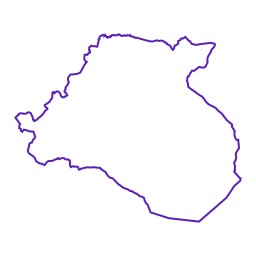 the district of Alkaleri, Bauchi, Nigeria
{"feature_id": "59680162B61092998371306", "entity_name": "Alkaleri", "entity_type": "district", "adm_level": 2, "iso_a3": "NGA", "parent_name": "Nigeria", "parent_adm1": "Bauchi", "projection": "natural_earth1", "projection_center": [10.354, 9.865], "detail": "fine", "context": "isolated", "style": "outline", "palette": "violet", "viewbox_px": 256, "rotation_deg": 0, "n_neighbors": 0, "source": "geoboundaries", "source_scale": "gbopen_adm2", "svg_char_len": 5516}
<svg xmlns="http://www.w3.org/2000/svg" viewBox="0 0 256 256"><path d="M234.2,186.1L240.3,180.6L240.6,178.3L239.7,178.0L235.7,173.4L234.3,172.0L234.2,171.3L235.0,170.5L234.9,169.6L235.0,165.9L234.4,164.2L234.2,162.4L235.2,161.2L235.7,159.6L236.1,158.0L236.1,156.4L235.8,154.8L235.9,153.2L237.1,151.3L237.7,150.0L238.4,149.3L238.5,148.8L239.0,148.2L238.2,139.7L236.8,139.9L236.0,139.4L235.1,137.3L234.7,136.3L234.4,134.8L234.6,133.0L234.4,132.4L234.7,130.9L234.5,130.4L233.9,130.0L233.4,128.9L231.9,126.8L232.1,126.3L232.0,125.0L232.0,124.5L231.8,124.2L226.8,120.2L221.5,113.2L218.5,111.1L216.7,109.0L215.1,107.6L208.8,104.4L206.4,102.3L204.6,99.7L203.0,97.6L201.8,96.3L199.2,94.9L194.6,91.5L190.1,88.4L188.1,86.5L188.0,83.5L187.7,83.2L187.0,80.6L187.2,80.1L187.3,77.8L187.8,76.5L188.8,76.4L189.8,74.1L192.1,70.6L194.2,70.8L199.1,66.9L201.4,67.5L204.1,67.5L205.4,66.8L207.6,62.4L207.3,59.7L207.8,57.1L208.6,55.5L210.9,51.9L211.6,49.5L213.8,47.4L215.0,44.9L214.6,43.7L210.6,42.9L199.4,44.2L199.3,44.4L195.8,44.9L191.6,43.8L190.0,41.2L188.7,40.7L185.3,36.9L182.9,38.6L181.5,38.4L180.9,38.8L180.2,40.2L178.3,40.9L178.1,41.3L178.2,43.7L175.9,45.4L175.5,45.3L174.9,45.4L173.5,49.4L172.7,49.8L171.2,47.7L170.7,46.5L169.5,45.2L167.2,44.2L167.2,43.9L167.0,43.6L166.6,43.3L166.2,42.7L165.8,42.7L165.3,42.4L164.7,42.4L164.4,42.0L163.5,41.3L162.7,40.9L161.8,40.6L160.9,40.6L158.9,41.0L157.6,40.5L156.2,40.4L152.5,41.5L149.8,41.3L148.7,40.9L147.4,40.7L146.9,40.5L145.8,40.3L142.2,39.2L141.1,39.0L139.9,38.6L137.5,37.9L136.1,37.7L135.5,37.8L135.2,37.8L134.8,37.4L134.3,37.2L133.8,37.1L133.2,36.9L132.9,36.6L132.4,36.6L131.6,36.6L130.4,35.6L130.1,35.1L129.9,35.3L129.9,35.6L129.8,35.8L129.7,35.8L129.3,35.6L129.0,35.5L128.8,35.5L128.3,35.4L128.0,35.4L127.8,35.3L127.0,35.6L126.8,35.3L126.7,35.2L126.3,35.3L126.2,35.4L126.1,35.5L125.7,35.7L124.9,35.5L124.5,35.7L124.1,35.4L123.6,35.4L122.1,36.1L121.6,36.0L121.2,35.5L120.3,35.4L120.2,35.3L120.0,34.9L119.6,34.6L119.1,34.5L119.0,34.4L118.8,34.4L118.5,34.4L118.3,34.6L118.0,34.5L117.6,34.6L117.5,34.8L117.4,35.1L116.6,35.1L116.4,35.2L116.2,35.2L116.0,35.4L115.8,35.4L115.3,35.4L115.0,35.2L114.4,35.1L114.1,35.4L113.6,35.4L113.4,35.2L113.2,35.0L113.0,34.9L112.7,35.0L112.4,35.2L112.0,35.3L111.8,35.2L111.6,35.3L111.5,35.5L111.2,35.7L111.1,36.2L110.7,36.2L110.4,36.3L110.5,36.7L110.4,36.9L110.3,37.0L109.9,36.7L109.4,36.6L109.2,36.9L109.0,37.0L108.0,37.5L108.0,37.4L108.0,37.2L107.8,37.2L107.7,37.0L107.6,36.9L106.8,37.1L106.6,36.6L106.3,36.4L106.1,36.2L105.8,36.2L105.5,36.1L105.5,35.8L105.4,35.8L105.3,35.5L105.2,35.2L104.7,35.0L104.4,35.4L104.4,35.0L104.2,35.1L103.8,34.9L103.6,35.0L103.0,34.9L102.7,35.1L102.4,35.0L102.2,35.3L102.0,35.5L101.6,35.6L101.3,35.8L101.0,35.9L100.5,35.9L100.3,36.2L100.0,36.5L99.7,36.9L99.5,37.4L99.4,37.9L99.4,39.4L99.0,39.6L98.6,39.6L98.7,40.7L97.8,44.2L97.4,46.5L96.5,46.8L95.1,46.2L92.1,46.2L91.3,45.7L89.2,47.4L89.3,48.4L88.9,49.9L90.2,51.2L89.8,52.8L88.7,52.8L87.4,54.9L86.3,54.5L84.6,54.8L84.5,56.5L84.2,57.7L84.3,59.1L85.7,61.6L86.7,61.9L84.3,65.1L82.7,68.2L81.1,71.1L80.4,72.4L79.4,73.1L78.7,73.2L77.8,73.5L76.8,73.9L75.9,74.1L70.4,74.6L68.1,77.6L68.1,78.4L68.0,79.1L68.4,81.6L68.9,82.2L67.8,84.4L66.9,85.8L65.8,87.2L65.4,88.1L65.7,89.2L65.0,90.0L64.6,90.7L64.6,91.7L65.6,92.5L65.6,93.1L66.5,93.6L66.8,94.4L67.3,95.1L66.0,96.3L65.1,96.3L64.6,96.5L64.1,97.3L63.3,97.3L61.7,96.9L60.8,95.5L60.5,94.3L60.0,93.5L59.5,92.5L58.3,91.7L57.5,91.3L56.2,91.7L54.9,92.7L54.5,93.2L53.8,92.6L53.7,92.3L53.4,92.4L53.1,92.2L52.4,92.8L52.4,94.9L52.1,98.1L51.0,99.4L49.7,101.6L48.5,102.6L47.4,103.3L45.8,104.4L45.0,104.8L44.6,105.5L45.8,107.4L47.2,108.0L47.4,108.6L47.3,109.1L45.2,110.8L43.8,112.9L43.2,114.0L42.3,114.6L41.6,115.6L38.3,118.2L36.7,119.8L35.1,120.8L34.0,120.9L33.7,119.7L33.4,119.5L33.0,119.5L32.7,117.1L31.7,115.5L31.2,113.9L30.6,113.0L29.4,112.5L27.6,112.4L26.1,113.7L24.9,113.8L22.7,113.5L21.7,113.3L19.7,113.4L19.1,113.8L18.4,115.0L17.9,115.1L16.3,116.8L15.4,117.6L15.7,118.1L16.1,118.8L17.7,120.5L18.5,121.8L20.2,124.2L19.3,125.7L19.1,128.1L20.6,128.6L21.1,129.6L21.0,130.9L22.2,131.8L22.6,131.0L23.5,130.3L24.0,129.6L27.6,130.6L28.4,131.0L30.0,131.5L33.3,131.5L34.4,134.4L35.2,137.0L34.3,138.5L32.8,140.1L31.9,142.6L30.0,143.0L29.6,143.6L29.2,144.5L29.2,144.8L28.9,146.5L27.8,150.8L28.7,153.1L33.9,156.9L34.2,157.3L34.5,157.6L36.4,161.5L39.7,163.4L42.1,163.9L44.6,165.1L46.8,162.1L48.3,161.2L49.0,160.9L51.0,161.0L52.5,160.7L56.3,159.1L57.3,158.9L57.9,158.1L58.9,158.5L59.2,159.1L59.9,158.9L60.2,158.5L61.0,158.5L62.0,158.2L63.0,158.0L63.6,158.1L64.4,158.4L65.1,159.1L66.2,159.4L66.8,159.5L67.5,159.4L68.3,159.5L68.8,160.0L69.2,160.0L69.8,160.6L70.1,162.6L69.8,164.8L70.8,167.1L71.5,166.8L71.9,166.6L72.1,166.4L72.4,166.4L73.1,166.4L73.3,166.3L73.5,166.5L74.9,166.7L75.3,166.7L75.7,166.6L76.4,166.7L77.5,166.7L78.1,167.2L78.8,169.3L79.2,169.7L80.1,169.4L81.0,168.7L81.7,168.5L83.3,168.2L84.6,167.8L86.6,167.4L88.3,167.3L89.7,167.6L91.2,167.3L92.5,167.4L93.5,167.2L94.5,167.3L97.6,167.7L99.5,167.8L100.1,167.9L100.4,168.4L100.6,168.8L100.9,169.2L101.4,169.2L103.0,170.5L105.1,171.8L106.2,172.7L106.8,174.3L107.7,175.6L109.9,177.5L110.2,177.7L112.8,178.4L117.9,183.8L119.4,185.0L120.2,185.4L121.7,186.6L123.6,187.8L125.5,188.6L127.8,189.3L130.1,191.0L131.5,190.9L131.9,191.3L132.7,191.7L134.6,192.9L136.5,193.7L137.2,194.1L138.4,194.9L139.5,196.1L142.2,196.8L142.9,197.2L144.1,198.0L144.5,200.2L146.2,203.5L146.9,203.9L147.7,204.8L150.6,212.4L168.9,218.2L199.0,221.6L226.6,197.6L234.2,186.1Z" fill="none" stroke="#5b21b6" stroke-width="2"/></svg>